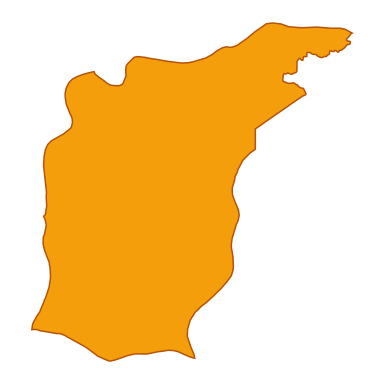 outline of Chiantla, Huehuetenango, Guatemala
{"feature_id": "79465075B62653815483929", "entity_name": "Chiantla", "entity_type": "district", "adm_level": 2, "iso_a3": "GTM", "parent_name": "Guatemala", "parent_adm1": "Huehuetenango", "projection": "albers", "projection_center": [-91.345, 15.5], "detail": "fine", "context": "isolated", "style": "filled", "palette": "amber", "viewbox_px": 384, "rotation_deg": 0, "n_neighbors": 0, "source": "geoboundaries", "source_scale": "gbopen_adm2", "svg_char_len": 3901}
<svg xmlns="http://www.w3.org/2000/svg" viewBox="0 0 384 384"><path d="M255.3,149.2L255.4,128.9L266.3,121.2L298.0,99.2L299.8,98.1L301.8,96.6L303.0,95.9L304.3,95.4L305.6,94.8L305.9,94.3L305.8,93.4L303.4,88.4L302.6,88.2L301.1,88.0L300.6,87.7L299.0,86.8L298.4,86.3L298.0,85.7L297.7,85.1L297.1,84.8L296.3,84.7L295.7,84.3L295.3,83.9L294.7,83.3L293.8,82.9L292.6,82.9L292.0,83.1L291.1,83.2L290.3,83.3L289.6,83.4L288.9,83.3L288.1,83.2L287.2,83.0L284.2,81.7L283.1,81.2L282.7,80.2L282.8,79.0L283.0,77.4L283.3,75.4L283.5,74.5L284.0,73.6L284.5,73.8L285.3,74.0L286.1,74.0L286.7,73.7L287.6,73.0L288.6,73.2L289.1,73.5L289.6,73.8L290.7,74.2L291.4,74.3L292.1,74.2L292.7,73.9L293.5,73.3L294.2,72.9L295.2,72.8L295.8,72.5L296.4,72.1L296.8,71.2L296.9,70.4L297.0,65.1L296.9,64.0L296.9,63.2L296.9,62.5L297.2,61.4L297.4,60.9L297.7,60.4L298.2,59.7L298.9,58.7L299.4,58.4L300.1,58.8L300.7,59.4L301.5,60.1L302.0,60.3L302.7,60.3L303.1,59.6L303.1,58.9L303.2,57.9L303.7,56.8L304.7,56.6L306.2,56.6L306.9,56.3L306.9,55.4L306.8,54.9L306.7,54.3L306.8,53.2L307.5,52.5L308.6,52.4L309.6,52.5L310.4,52.8L310.9,53.1L311.8,53.8L312.5,54.2L313.4,54.4L314.3,54.4L315.5,54.5L316.2,54.6L317.1,55.6L317.7,56.1L318.5,56.5L319.5,57.0L320.1,57.2L321.0,57.6L321.8,57.6L322.7,57.3L323.2,57.1L324.1,56.5L324.8,56.5L325.6,56.6L326.5,56.3L326.9,55.8L327.6,55.0L328.4,54.7L329.2,54.3L329.5,53.6L329.6,52.8L329.6,51.9L329.7,51.1L330.4,50.8L331.4,51.1L331.9,51.3L332.9,51.6L334.0,51.4L334.4,50.8L335.2,50.5L335.9,50.7L336.7,51.2L337.3,51.8L337.8,52.2L338.7,51.8L339.2,51.1L339.4,50.5L340.2,50.2L341.2,50.2L342.1,49.8L342.7,49.2L343.3,48.7L344.2,48.1L344.8,47.5L345.3,47.0L345.7,46.5L346.1,45.9L346.5,45.4L347.2,44.7L348.1,44.6L349.5,44.3L349.9,43.9L350.3,43.0L350.4,42.3L350.4,41.7L349.8,41.3L348.9,41.2L348.3,41.2L347.2,40.8L346.5,40.0L346.5,39.4L346.9,38.7L347.3,38.3L348.2,37.4L349.6,35.7L350.1,35.0L350.6,34.1L351.1,33.6L352.2,33.1L345.1,29.3L340.1,28.2L330.7,28.2L317.3,27.1L302.3,27.7L296.6,27.4L288.6,26.7L281.2,24.0L279.5,23.8L272.7,23.0L266.5,23.7L254.7,32.0L247.2,38.3L241.1,42.5L237.3,45.3L232.6,47.1L229.9,47.3L226.1,46.8L222.5,47.7L216.8,50.9L212.3,54.4L205.6,58.1L201.5,59.3L192.9,61.8L189.2,62.6L182.3,63.1L167.3,61.3L156.2,59.3L150.4,58.5L145.2,57.4L142.2,57.1L139.7,56.7L136.3,56.7L134.0,57.4L128.3,63.0L126.3,65.6L125.7,69.6L126.0,76.1L122.7,84.0L119.4,85.7L114.3,85.6L110.4,85.1L106.9,83.1L102.9,79.9L99.0,77.3L95.2,74.2L94.1,71.7L91.7,72.1L83.7,74.2L77.1,76.6L72.4,79.1L68.9,82.8L66.4,87.6L65.6,90.7L65.1,93.8L65.3,98.3L66.4,104.6L67.7,107.7L69.8,113.2L70.6,114.8L71.5,116.7L72.3,119.3L72.4,122.9L71.5,126.6L70.5,128.4L62.9,134.4L60.8,135.4L57.0,137.6L51.1,141.0L47.9,144.3L45.5,149.4L44.1,156.3L43.6,165.7L46.5,192.3L46.2,197.1L46.7,206.2L46.1,209.5L45.4,214.5L43.6,216.3L45.2,219.8L46.3,225.0L44.6,234.2L43.3,236.8L43.1,244.1L44.5,250.0L49.4,263.1L49.4,265.0L50.0,266.9L50.5,275.4L50.4,278.8L49.0,287.5L45.2,298.9L44.5,299.4L44.3,301.0L40.5,309.8L39.9,311.7L36.9,316.0L32.7,323.8L31.8,329.7L35.0,329.4L37.9,329.8L39.8,330.7L43.3,331.2L56.9,333.6L59.3,333.5L61.8,334.2L65.0,335.5L67.9,337.3L82.7,345.4L86.3,347.5L90.4,350.6L94.3,353.5L94.9,353.9L97.6,356.0L102.1,358.1L108.7,360.9L110.9,361.0L116.0,359.7L119.4,358.5L123.9,356.9L127.6,355.6L134.9,353.9L147.1,354.0L156.9,351.9L161.9,351.3L168.6,350.2L174.3,350.7L178.4,351.8L188.9,356.5L193.0,357.9L194.7,358.2L194.5,356.8L193.8,354.0L190.9,347.1L187.3,336.5L187.6,329.1L190.2,320.2L194.9,312.6L199.0,308.7L201.9,305.8L206.0,302.8L214.3,295.2L217.1,292.3L220.5,289.2L224.2,284.9L227.3,281.3L231.3,275.8L233.1,269.9L233.4,266.3L233.0,256.9L231.4,247.7L231.4,244.0L232.1,238.4L234.9,229.2L236.3,224.3L237.5,221.9L238.3,219.8L238.6,218.2L239.2,215.3L238.4,209.9L237.1,206.8L235.3,202.5L233.9,198.9L232.6,195.3L232.2,190.8L232.3,187.7L234.7,179.7L235.0,176.7L237.4,172.0L237.8,169.7L239.1,167.4L242.8,160.4L249.6,153.4L255.3,149.2Z" fill="#f59e0b" stroke="#b45309" stroke-width="1.5"/></svg>